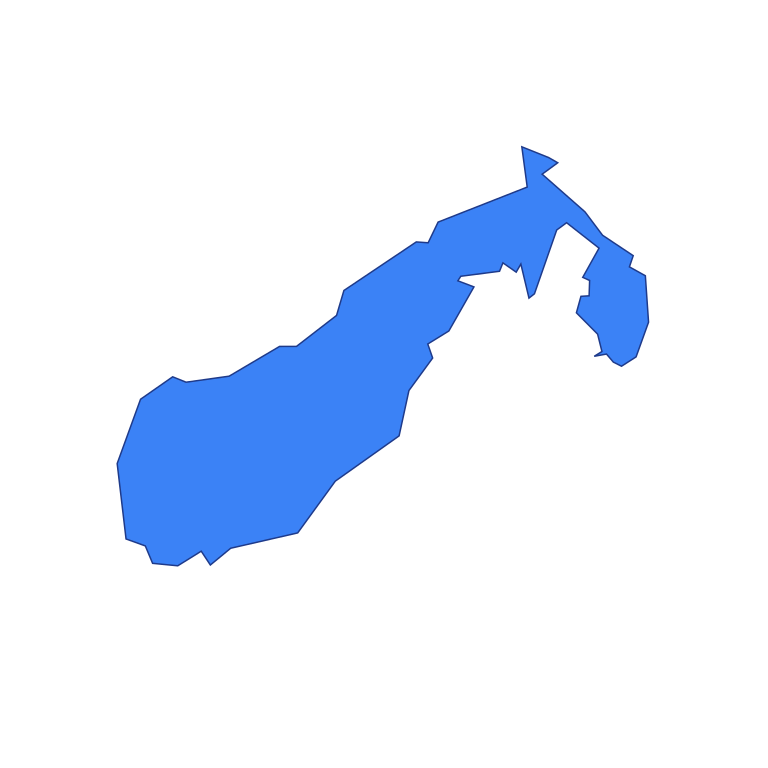 Butel, Butel, North Macedonia, rotated 216°
{"feature_id": "65306769B57074060571114", "entity_name": "Butel", "entity_type": "district", "adm_level": 2, "iso_a3": "MKD", "parent_name": "North Macedonia", "parent_adm1": "Butel", "projection": "equal_earth", "projection_center": [21.445, 42.087], "detail": "fine", "context": "isolated", "style": "filled", "palette": "blue", "viewbox_px": 768, "rotation_deg": 216, "n_neighbors": 0, "source": "geoboundaries", "source_scale": "gbopen_adm2", "svg_char_len": 915}
<svg xmlns="http://www.w3.org/2000/svg" viewBox="0 0 768 768"><g transform="rotate(216 384 384)"><path d="M501.6,107.0L481.9,112.7L465.8,102.9L444.0,115.7L433.6,141.3L418.1,135.5L411.5,161.0L366.3,212.8L366.3,276.8L341.3,350.9L360.0,393.4L359.9,433.6L372.1,442.1L362.7,465.0L368.3,515.4L384.9,510.9L385.2,516.3L356.8,543.1L359.0,551.9L342.8,552.2L343.8,561.5L317.2,538.7L315.3,545.4L334.8,610.1L331.1,621.8L289.9,620.3L285.9,587.1L278.5,588.6L269.9,575.9L276.2,570.7L270.2,554.7L240.5,549.9L226.8,538.4L230.2,530.0L221.6,539.0L211.3,536.5L202.3,538.0L196.0,554.1L206.3,589.5L236.2,625.2L254.3,623.0L257.8,634.3L294.6,632.8L322.6,641.4L379.4,646.7L373.5,665.1L383.7,664.0L411.9,656.9L383.9,627.5L435.4,546.8L431.3,524.2L441.4,517.9L471.4,436.1L462.7,411.6L476.9,363.0L490.6,353.0L513.9,299.3L545.2,269.1L559.2,265.6L572.0,228.6L553.1,162.8L501.6,107.0Z" fill="#3b82f6" stroke="#1e3a8a" stroke-width="1.5"/></g></svg>